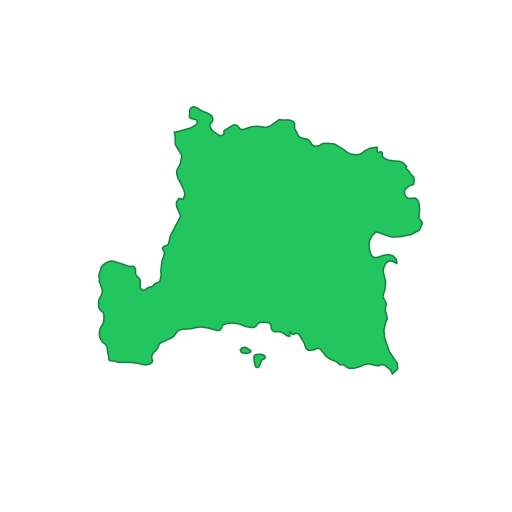 Navarra, Albers equal-area conic projection, rotated 67°
{"feature_id": "ESP-5837", "entity_name": "Navarra", "entity_type": "Autonomous Community", "adm_level": 1, "iso_a3": "ESP", "parent_name": "Spain", "parent_adm1": "", "projection": "albers", "projection_center": [-1.621, 42.607], "detail": "fine", "context": "isolated", "style": "filled", "palette": "green", "viewbox_px": 512, "rotation_deg": 67, "n_neighbors": 0, "source": "natural_earth", "source_scale": "10m", "svg_char_len": 5202}
<svg xmlns="http://www.w3.org/2000/svg" viewBox="0 0 512 512"><g transform="rotate(67 256 256)"><path d="M232.6,82.5L233.0,83.5L235.0,83.2L237.1,82.1L241.1,81.6L244.8,80.0L246.5,80.2L250.0,81.9L251.8,83.2L251.7,84.4L251.2,85.9L251.5,88.1L252.9,92.4L253.8,93.6L256.0,94.6L258.0,94.9L260.3,94.6L262.3,93.5L263.4,91.2L264.8,86.9L267.6,85.3L271.2,85.4L276.9,87.1L284.6,91.1L286.6,90.7L288.6,90.0L290.9,90.0L296.1,95.5L296.9,104.7L294.9,114.8L292.1,122.7L289.8,125.9L282.2,134.1L280.7,136.2L283.0,141.7L286.4,145.5L290.5,147.9L295.0,149.1L300.0,149.5L303.2,148.4L304.7,145.0L305.2,138.4L306.4,133.3L309.6,129.7L313.7,128.2L317.9,129.2L314.0,132.6L312.5,135.9L313.4,139.3L316.5,142.9L320.0,145.0L330.7,146.8L337.0,150.3L343.1,155.2L350.0,154.5L351.6,155.2L354.6,157.1L356.0,158.2L362.4,159.0L365.5,159.9L367.7,162.5L374.2,167.3L381.3,169.5L396.0,170.6L410.2,167.9L415.2,169.6L417.9,176.6L413.1,176.7L406.7,180.3L405.4,182.3L404.8,184.2L405.0,185.9L404.3,187.4L399.4,194.2L398.7,196.5L398.3,198.5L398.6,202.5L397.6,210.0L395.7,214.3L393.8,215.9L391.5,217.1L390.3,218.1L388.9,221.3L385.1,223.0L380.2,227.8L377.8,229.5L375.5,230.7L366.7,233.1L365.4,234.7L364.9,236.4L365.1,238.2L364.8,239.9L363.9,243.3L363.1,244.8L361.1,246.0L357.3,246.0L355.6,245.6L344.5,247.1L343.3,248.5L342.8,250.1L342.7,251.6L342.6,252.8L340.7,253.7L339.4,254.1L340.1,254.7L343.0,256.2L342.7,257.1L341.7,258.5L337.1,261.4L335.1,263.8L333.8,266.0L333.4,268.1L332.2,269.2L330.7,270.0L329.2,270.4L325.8,269.4L323.7,269.4L322.3,270.6L321.1,272.4L319.9,274.8L319.2,276.8L318.7,278.7L319.0,280.3L319.5,281.7L320.4,283.2L320.8,284.2L321.0,286.0L319.7,288.7L316.9,293.0L312.1,297.8L308.1,304.4L307.0,308.8L306.6,311.4L306.8,313.4L307.5,314.9L308.8,315.8L309.8,317.2L310.2,318.7L309.6,320.7L304.1,327.5L300.4,333.2L299.1,336.6L298.4,339.1L298.2,341.0L297.3,345.0L296.5,347.4L295.1,351.0L294.4,353.4L294.3,355.6L294.6,357.3L295.4,359.2L296.5,360.7L297.4,362.3L298.1,364.1L298.4,366.3L298.5,371.3L298.7,373.3L298.6,376.8L298.9,378.5L299.9,380.1L302.5,382.6L303.4,384.1L304.2,385.7L304.7,387.5L305.7,389.1L306.8,390.6L308.3,391.5L310.0,392.0L311.8,392.0L313.2,393.1L314.0,395.3L313.3,399.6L312.1,402.0L308.3,407.2L304.9,413.1L302.4,419.0L301.3,420.8L300.8,423.2L298.8,426.0L297.0,427.8L296.0,430.3L294.9,431.5L294.0,432.0L292.7,431.5L289.3,430.6L287.4,430.4L282.0,428.7L280.6,428.5L279.3,428.8L278.3,429.2L275.5,430.9L271.9,431.5L270.1,431.6L268.4,431.3L265.1,430.1L262.1,427.9L260.8,426.7L258.8,423.7L257.5,422.4L256.0,421.4L252.7,419.8L249.4,418.6L247.7,419.1L244.2,420.7L242.4,420.8L240.6,420.4L236.9,419.0L235.4,418.0L234.0,416.8L231.6,413.7L230.2,412.3L228.7,411.4L227.0,410.8L219.9,410.2L218.2,410.4L216.2,409.3L215.8,408.9L215.4,408.8L214.9,408.5L212.8,408.7L205.7,402.6L204.4,400.0L203.7,397.5L203.6,395.3L203.7,393.4L204.0,391.5L204.7,389.8L212.2,380.9L214.9,378.2L216.0,376.8L216.7,375.1L217.3,373.5L218.3,372.3L220.0,372.0L221.9,372.2L224.2,373.4L225.9,373.9L227.5,373.7L231.3,372.1L233.1,372.1L234.9,372.7L239.0,374.7L240.8,374.7L242.5,374.1L243.6,373.0L244.1,371.5L243.3,369.6L242.9,367.0L243.0,365.8L243.3,365.1L243.5,364.5L243.6,363.5L243.0,361.9L241.9,360.0L242.0,354.6L236.4,350.7L232.6,349.5L223.6,344.4L219.1,340.2L217.3,339.0L216.1,338.9L213.2,339.4L212.1,339.0L211.2,337.3L211.2,335.4L211.4,333.5L211.0,332.1L203.9,326.9L189.9,309.8L179.6,309.8L175.3,308.2L172.7,304.2L173.6,303.6L174.4,302.0L175.4,300.8L171.4,297.2L166.1,296.6L153.7,297.4L150.1,297.0L147.3,296.1L145.1,294.3L142.9,291.2L141.3,289.6L135.9,285.8L134.0,285.1L121.9,286.7L114.2,283.7L110.2,283.0L110.9,279.2L112.6,265.9L111.9,261.1L111.5,259.4L110.5,258.1L109.1,257.5L107.6,257.4L103.8,262.3L102.3,263.1L100.8,262.5L97.9,260.8L96.5,260.5L95.2,259.5L94.3,258.1L94.1,256.4L94.4,254.6L97.0,252.1L98.6,251.2L102.3,248.2L104.7,245.5L108.4,242.6L110.1,241.9L111.8,242.0L113.4,242.3L114.5,243.0L115.3,243.8L116.8,246.6L118.0,247.6L121.3,247.6L123.1,247.2L125.0,246.4L130.6,242.7L131.6,241.4L131.6,239.1L131.1,237.6L129.1,237.1L128.1,236.3L126.6,226.7L126.7,224.7L128.2,222.5L133.2,220.8L134.3,219.2L134.7,217.0L134.9,212.9L135.3,209.1L137.4,203.4L141.3,197.0L141.8,194.4L141.9,192.2L139.5,181.7L142.4,175.9L142.7,174.5L143.5,172.8L144.6,171.3L146.7,169.2L149.2,168.7L152.5,170.2L154.1,170.7L157.7,170.2L159.7,170.2L161.7,170.0L163.6,169.3L165.3,167.7L168.8,162.8L170.6,161.8L175.7,160.8L177.2,159.7L178.4,158.1L179.0,155.6L179.0,153.6L178.6,151.8L178.8,149.8L179.6,147.5L181.1,144.4L183.7,139.8L193.0,133.2L195.5,132.0L197.8,130.2L199.9,128.0L202.6,122.7L202.8,119.9L202.6,117.5L201.9,115.9L201.6,114.1L201.3,110.3L201.5,108.3L202.9,103.0L203.4,101.8L204.5,102.4L206.9,103.5L207.9,103.4L208.6,102.8L208.6,101.5L208.9,100.2L209.9,99.4L211.5,99.9L212.8,100.6L214.6,100.5L217.1,99.0L219.4,96.7L222.3,92.1L224.9,86.9L226.6,85.1L228.2,83.8L232.5,82.6L232.6,82.5ZM351.9,287.0L353.3,287.2L354.0,289.0L354.1,292.0L355.8,293.0L357.8,295.1L359.2,296.3L359.2,298.6L357.7,299.6L355.6,299.5L351.6,298.6L348.8,297.8L346.8,296.2L346.9,293.7L347.8,291.2L348.6,289.5L350.7,287.2L351.9,287.0ZM341.2,297.7L342.3,298.7L342.3,301.4L341.0,305.0L339.0,307.1L336.4,307.3L335.1,305.0L335.6,301.9L337.1,300.2L339.6,298.9L341.2,297.7Z" fill="#22c55e" stroke="#15803d" stroke-width="1.5"/></g></svg>